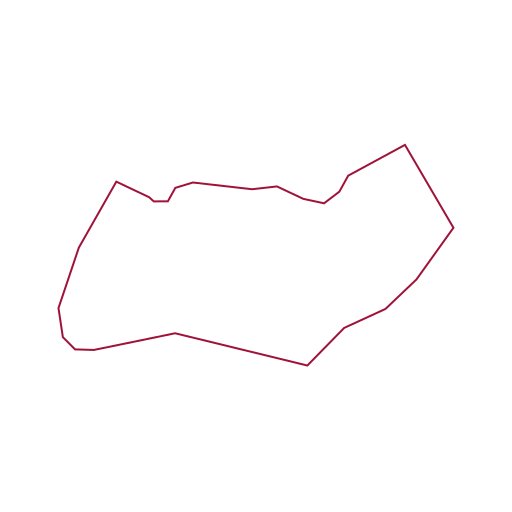 the border of Nazarje, rotated 209°
{"feature_id": "SVN-975", "entity_name": "Nazarje", "entity_type": "Municipality", "adm_level": 1, "iso_a3": "SVN", "parent_name": "Slovenia", "parent_adm1": "", "projection": "albers", "projection_center": [14.92, 46.283], "detail": "fine", "context": "isolated", "style": "outline", "palette": "rose", "viewbox_px": 512, "rotation_deg": 209, "n_neighbors": 0, "source": "natural_earth", "source_scale": "10m", "svg_char_len": 462}
<svg xmlns="http://www.w3.org/2000/svg" viewBox="0 0 512 512"><g transform="rotate(209 256 256)"><path d="M179.6,425.4L97.0,376.4L104.3,313.3L117.1,272.5L144.0,235.9L158.0,185.1L289.3,149.2L352.3,95.2L369.0,86.6L385.6,91.4L403.5,114.7L415.0,177.4L414.2,253.3L378.0,255.6L371.9,254.2L359.6,261.1L359.6,276.5L346.8,289.7L291.8,312.5L271.4,327.0L242.4,328.9L222.0,335.1L214.3,352.7L214.3,371.0L179.6,425.4Z" fill="none" stroke="#9f1239" stroke-width="2"/></g></svg>